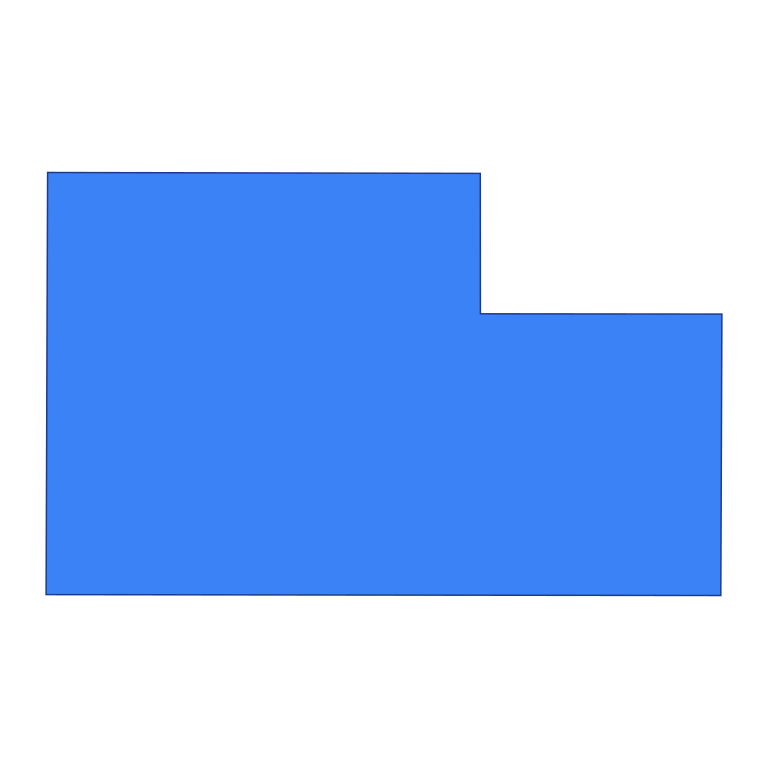 outline of Wayne, Nebraska, United States of America
{"feature_id": "52423323B26030378600727", "entity_name": "Wayne", "entity_type": "district", "adm_level": 2, "iso_a3": "USA", "parent_name": "United States of America", "parent_adm1": "Nebraska", "projection": "equal_earth", "projection_center": [-97.053, 42.221], "detail": "fine", "context": "isolated", "style": "filled", "palette": "blue", "viewbox_px": 768, "rotation_deg": 0, "n_neighbors": 0, "source": "geoboundaries", "source_scale": "gbopen_adm2", "svg_char_len": 250}
<svg xmlns="http://www.w3.org/2000/svg" viewBox="0 0 768 768"><path d="M478.4,595.2L720.8,595.5L721.9,314.1L721.2,314.1L480.4,313.8L480.3,173.4L47.6,172.5L46.1,594.6L189.7,594.8L478.4,595.2Z" fill="#3b82f6" stroke="#1e3a8a" stroke-width="1.5"/></svg>